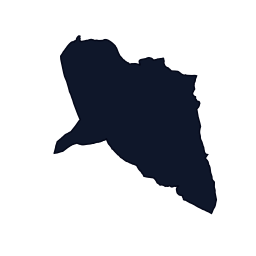 outline of Kongwa, Dodoma, United Republic of Tanzania, rotated 169°
{"feature_id": "72390352B66245716936383", "entity_name": "Kongwa", "entity_type": "district", "adm_level": 2, "iso_a3": "TZA", "parent_name": "United Republic of Tanzania", "parent_adm1": "Dodoma", "projection": "albers", "projection_center": [36.568, -5.974], "detail": "fine", "context": "isolated", "style": "filled", "palette": "ink", "viewbox_px": 256, "rotation_deg": 169, "n_neighbors": 0, "source": "geoboundaries", "source_scale": "gbopen_adm2", "svg_char_len": 5763}
<svg xmlns="http://www.w3.org/2000/svg" viewBox="0 0 256 256"><g transform="rotate(169 128 128)"><path d="M50.8,166.1L52.3,166.7L55.6,167.2L60.0,168.3L60.9,168.6L61.2,169.0L61.5,169.1L62.0,169.1L62.5,169.0L63.2,169.1L63.4,169.3L63.8,169.6L65.0,170.4L65.3,170.7L66.1,171.7L66.6,172.2L67.6,173.4L68.2,173.9L68.7,174.1L71.1,174.8L74.5,175.6L75.1,176.4L75.8,177.5L76.3,178.0L76.7,178.6L77.0,179.1L77.5,179.5L78.3,179.9L78.7,180.3L79.1,180.6L79.6,181.3L80.0,182.1L80.2,182.8L80.3,183.6L80.5,184.5L80.5,185.1L79.9,186.7L79.9,187.6L80.0,188.2L79.9,189.1L80.1,189.7L81.1,189.7L82.5,189.6L82.8,189.8L84.5,189.8L85.7,190.0L87.0,189.7L88.8,189.7L89.9,189.6L91.1,191.3L91.9,192.0L94.0,193.0L95.6,193.0L96.5,192.8L97.2,192.5L97.8,192.6L99.6,192.6L100.7,192.6L101.8,192.6L102.8,192.5L103.3,192.3L104.0,191.8L104.2,191.3L104.3,191.0L104.2,189.4L103.9,188.6L103.9,188.0L104.1,187.7L104.7,187.6L104.9,187.8L105.2,188.1L105.8,188.6L106.6,188.8L107.7,189.4L108.9,189.8L110.7,190.0L112.2,190.3L114.1,190.2L114.5,190.3L115.2,191.7L116.1,192.1L117.2,193.1L117.7,193.8L118.4,194.1L118.9,195.3L119.8,195.9L121.1,198.4L121.6,199.2L122.5,200.7L122.7,201.8L123.2,203.5L124.1,208.6L124.7,209.9L125.0,211.1L126.3,213.0L127.5,214.6L128.6,215.8L130.5,217.6L131.7,218.4L132.8,218.9L133.7,219.1L134.6,219.1L135.7,218.7L136.2,218.7L138.4,219.0L139.2,219.1L140.2,219.3L141.7,219.9L141.8,220.0L142.6,220.1L143.2,220.1L143.8,220.2L144.8,220.5L145.2,221.0L145.7,221.2L147.3,221.9L148.8,221.9L151.2,221.6L151.9,221.8L153.6,221.7L156.1,221.7L157.3,221.8L158.1,222.1L158.4,222.5L158.4,223.0L158.6,223.6L158.0,225.2L158.2,225.8L158.3,226.4L158.1,226.7L157.8,226.9L157.7,227.3L158.0,227.5L158.4,227.6L158.7,227.7L159.5,227.3L160.4,226.6L161.2,225.7L161.7,224.6L161.8,224.3L162.5,223.7L162.9,223.6L163.5,223.6L164.2,223.4L164.3,222.9L164.5,222.7L164.9,222.9L165.3,223.0L166.3,223.1L167.1,222.9L167.9,222.5L169.5,221.5L171.8,219.7L172.7,218.8L173.3,218.2L174.4,217.3L175.2,216.4L176.9,215.0L177.7,214.0L178.7,212.9L180.2,211.5L180.3,211.3L180.7,208.3L180.7,206.3L180.6,201.0L180.6,200.2L180.5,194.4L180.3,190.9L180.0,189.3L179.5,187.0L179.2,185.6L179.0,183.5L178.5,178.1L178.5,177.1L178.4,176.2L178.4,174.9L177.6,171.8L177.2,168.4L176.8,166.3L176.4,162.1L176.3,161.6L176.0,159.8L174.4,150.4L174.0,148.9L173.7,147.0L173.2,145.8L173.2,145.5L173.8,144.9L174.7,144.2L179.0,140.0L182.4,137.1L183.9,135.8L184.4,135.3L185.5,134.9L186.8,134.6L187.4,134.3L188.5,133.9L189.7,133.7L190.8,133.3L191.7,132.8L193.5,131.6L194.3,131.3L195.2,130.6L196.2,130.0L196.8,129.8L197.4,129.4L199.3,128.4L200.2,127.8L200.6,126.8L202.1,124.2L202.8,122.3L204.7,118.3L205.2,117.5L205.2,117.3L204.1,117.3L202.3,117.2L197.8,117.7L196.5,117.7L193.3,119.3L191.1,120.4L188.2,121.6L187.9,121.8L187.2,121.9L186.9,122.0L186.7,122.2L185.9,122.4L184.9,122.5L183.7,122.7L182.6,122.8L182.2,122.8L181.4,123.0L180.8,122.8L180.3,122.5L179.7,122.2L179.1,121.7L178.5,121.4L178.1,121.4L177.0,120.7L176.0,120.4L175.0,120.2L174.0,120.1L171.3,120.0L168.4,119.7L167.7,119.7L167.3,119.7L165.9,119.8L165.4,119.7L164.6,119.6L163.1,119.9L162.6,119.9L162.0,120.0L160.9,120.0L159.9,119.8L159.2,119.9L157.9,119.9L157.1,120.1L156.0,120.2L155.1,120.6L154.6,120.7L154.0,120.6L152.8,120.8L152.2,121.0L151.9,121.1L151.6,121.4L151.3,121.4L150.5,117.9L150.4,117.4L150.3,117.0L150.3,116.8L149.9,115.8L149.3,114.9L148.0,112.3L147.8,111.5L147.4,110.7L146.8,110.0L146.7,109.9L146.8,109.9L146.6,109.7L145.4,107.6L144.1,105.6L143.0,103.9L142.9,103.7L142.5,103.6L141.6,102.2L140.7,100.6L139.6,99.6L139.0,99.1L138.2,98.0L137.7,97.6L136.7,96.4L136.4,96.2L135.9,95.7L134.6,95.1L132.7,93.5L131.3,92.7L131.1,92.5L130.4,91.9L129.8,91.6L129.1,91.5L129.1,91.3L127.3,90.2L127.2,90.0L126.8,89.6L126.4,89.5L126.3,88.8L126.0,87.7L125.7,87.2L125.5,86.1L125.2,85.7L125.1,85.3L124.5,84.3L124.4,84.0L123.6,83.1L123.0,81.6L122.8,80.9L122.3,80.2L122.0,79.6L121.9,79.4L121.8,79.0L121.8,78.6L121.7,78.4L121.7,78.2L121.6,77.7L121.0,77.4L118.7,76.4L117.3,75.9L115.9,75.5L114.9,75.1L113.2,74.6L112.3,74.0L112.0,74.0L111.8,73.5L111.0,72.2L110.6,71.3L110.5,71.0L110.3,70.6L109.9,69.1L109.6,68.4L108.6,67.7L107.7,66.3L107.5,66.0L107.1,65.9L106.0,65.9L105.2,65.6L104.8,65.4L104.3,65.2L103.7,64.8L103.2,64.3L102.9,64.1L102.6,63.7L101.7,63.7L100.7,63.4L100.2,63.4L100.0,63.2L99.8,63.2L99.6,63.2L99.5,63.3L98.6,63.6L98.3,63.7L98.2,63.7L97.9,63.2L97.3,62.7L97.0,62.3L96.7,62.0L96.4,62.0L95.8,62.0L95.5,61.8L94.8,62.0L94.2,62.0L93.5,62.2L93.1,62.1L92.9,62.0L92.8,61.8L92.5,61.7L91.7,61.7L91.0,61.7L90.4,61.6L89.8,61.3L90.5,60.7L91.4,59.9L91.8,59.3L92.0,58.7L92.1,58.2L92.1,55.6L91.8,54.4L91.5,54.0L91.0,53.4L90.8,53.0L90.3,52.5L89.1,52.0L88.1,51.5L87.4,51.2L87.5,50.8L87.4,49.9L87.3,49.2L87.0,48.5L87.1,47.5L86.8,46.9L86.0,46.5L85.2,46.3L84.1,45.3L81.3,42.9L80.0,42.1L78.2,40.7L74.2,37.2L72.0,35.6L70.1,34.0L68.6,33.2L66.8,31.7L64.7,30.3L62.4,28.3L61.8,29.0L59.9,32.0L58.0,34.1L57.0,35.9L56.3,37.8L55.0,40.7L55.0,47.9L54.5,50.3L54.7,53.6L53.7,58.3L53.9,59.0L54.8,60.3L55.3,61.7L55.0,64.4L55.5,68.5L55.2,73.3L55.4,75.3L55.9,76.4L55.9,77.4L55.9,78.5L56.0,79.0L56.0,79.7L56.3,80.2L56.4,80.8L57.2,82.1L58.0,83.8L57.7,84.0L55.0,86.7L55.8,87.0L56.8,87.6L57.3,88.8L57.6,89.7L57.6,92.8L57.5,94.7L57.8,95.7L58.2,100.1L58.5,101.2L58.9,102.9L59.0,104.3L58.7,106.1L58.7,107.6L58.8,108.8L58.7,110.0L58.4,111.4L57.5,113.8L56.6,115.6L56.7,119.1L57.2,126.3L57.1,127.1L57.1,128.3L57.0,131.9L57.0,133.5L56.3,134.0L54.8,135.2L54.0,136.3L53.4,137.7L52.9,138.5L53.0,139.4L53.1,140.0L53.4,140.4L54.4,140.8L55.3,141.4L55.5,141.9L55.7,142.9L56.3,143.3L56.0,144.9L55.9,145.8L56.8,146.2L57.2,146.8L58.3,148.7L58.0,149.8L57.7,150.7L57.0,151.2L56.7,151.8L56.2,152.5L55.4,153.2L55.2,154.1L55.3,155.3L55.2,157.1L54.8,158.2L54.7,159.1L53.2,161.3L52.5,163.4L51.2,165.3L50.8,166.1Z" fill="#0f172a" stroke="#020617" stroke-width="1.5"/></g></svg>